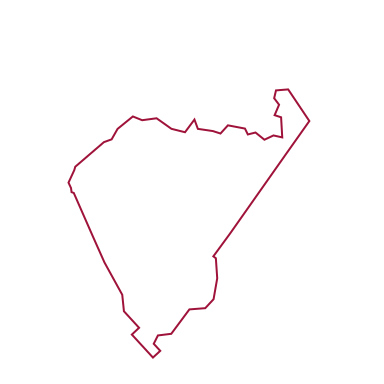 Ascension, Louisiana, United States of America (Mercator projection), rotated 318°
{"feature_id": "52423323B72643453207653", "entity_name": "Ascension", "entity_type": "district", "adm_level": 2, "iso_a3": "USA", "parent_name": "United States of America", "parent_adm1": "Louisiana", "projection": "mercator", "projection_center": [-90.876, 30.204], "detail": "fine", "context": "isolated", "style": "outline", "palette": "rose", "viewbox_px": 384, "rotation_deg": 318, "n_neighbors": 0, "source": "geoboundaries", "source_scale": "gbopen_adm2", "svg_char_len": 773}
<svg xmlns="http://www.w3.org/2000/svg" viewBox="0 0 384 384"><g transform="rotate(318 192 192)"><path d="M326.7,217.8L332.1,180.1L322.4,172.7L315.8,177.3L315.1,185.4L304.8,190.2L308.2,196.1L295.6,211.8L290.4,204.5L280.8,201.6L279.0,190.3L272.0,186.6L273.8,180.3L263.3,166.5L252.3,167.6L248.3,160.7L238.6,149.0L242.3,139.8L226.8,142.9L219.0,131.3L215.0,113.5L203.0,105.3L198.6,96.3L178.9,95.3L167.5,99.1L159.9,96.0L122.2,95.1L119.1,97.0L106.5,102.4L104.7,108.2L102.4,111.5L103.5,113.6L88.4,159.3L79.8,185.8L71.4,221.7L61.6,235.1L61.8,257.5L51.9,257.7L52.2,288.9L62.1,288.8L62.0,279.2L70.7,275.8L81.7,283.5L111.5,277.5L124.1,287.2L136.3,286.1L153.0,273.0L165.4,257.2L164.8,254.1L192.2,248.4L287.7,226.6L326.7,217.8Z" fill="none" stroke="#9f1239" stroke-width="2"/></g></svg>